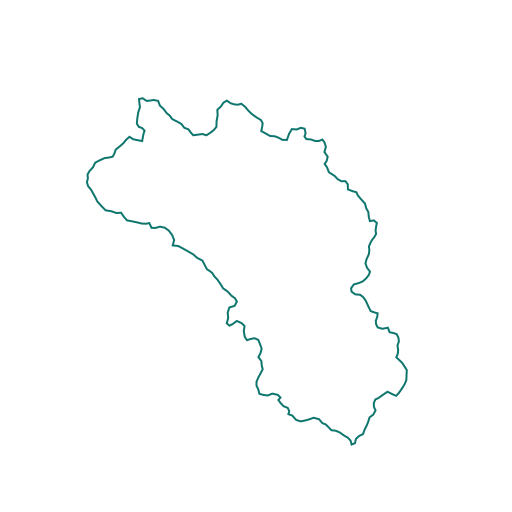 Abre Campo, Minas Gerais, Brazil, rotated 113°
{"feature_id": "56859067B55300452667889", "entity_name": "Abre Campo", "entity_type": "district", "adm_level": 2, "iso_a3": "BRA", "parent_name": "Brazil", "parent_adm1": "Minas Gerais", "projection": "orthographic", "projection_center": [-42.441, -20.281], "detail": "fine", "context": "isolated", "style": "outline", "palette": "teal", "viewbox_px": 512, "rotation_deg": 113, "n_neighbors": 0, "source": "geoboundaries", "source_scale": "gbopen_adm2", "svg_char_len": 3559}
<svg xmlns="http://www.w3.org/2000/svg" viewBox="0 0 512 512"><g transform="rotate(113 256 256)"><path d="M392.2,94.3L389.7,91.8L385.2,92.5L381.6,90.9L378.1,87.9L373.2,88.2L369.5,87.9L365.3,87.9L360.2,88.4L356.2,86.1L351.5,85.6L348.7,88.6L345.3,90.1L341.5,90.1L338.9,87.8L334.8,85.3L329.6,82.0L329.9,76.4L330.0,72.4L326.6,71.1L322.5,70.2L318.7,69.5L315.6,69.1L311.6,69.1L306.8,70.9L302.1,72.6L299.8,75.9L297.3,79.6L295.9,83.2L294.4,87.3L290.5,87.3L287.0,88.4L283.1,90.8L278.8,91.1L275.5,93.0L273.0,96.0L273.2,99.4L274.0,103.2L270.5,106.6L273.6,111.2L274.2,116.1L271.7,118.9L268.8,120.4L264.7,120.6L261.2,121.7L261.7,125.0L261.9,128.9L259.3,132.0L256.9,134.6L254.3,137.5L252.0,141.2L251.0,144.9L252.5,149.6L251.5,154.1L248.5,155.9L243.9,154.8L240.5,150.5L237.5,147.7L233.4,145.8L229.1,144.7L225.8,145.0L223.4,149.3L219.9,152.4L215.6,153.0L210.4,152.8L206.4,153.9L203.1,155.8L199.2,155.8L195.6,155.4L192.0,154.4L188.7,154.1L185.8,155.9L182.1,156.9L178.3,157.7L177.2,161.5L179.4,164.8L175.7,167.6L171.6,169.8L169.0,173.2L165.1,176.2L162.6,181.7L160.4,186.0L158.1,188.5L158.6,192.5L158.8,197.4L154.2,199.5L152.2,202.9L153.8,206.7L153.3,211.0L151.6,214.8L150.4,221.6L146.6,225.3L144.4,228.8L140.9,228.1L136.6,228.8L133.6,233.6L128.3,234.3L124.7,237.3L122.9,240.4L125.6,243.1L127.0,246.3L127.3,251.1L128.7,255.3L127.0,258.1L123.6,258.3L119.8,261.0L120.5,264.9L123.6,267.9L125.2,272.6L130.7,273.3L137.1,272.9L138.8,277.2L138.3,281.2L138.4,285.3L140.0,289.9L139.4,295.6L138.9,300.0L134.2,300.9L131.1,301.8L128.9,304.6L128.2,309.8L126.8,315.8L125.2,319.8L122.9,324.3L121.6,329.1L123.9,331.9L124.9,335.2L125.3,339.0L124.4,343.6L127.7,345.9L132.0,346.7L136.5,348.7L141.5,346.3L147.5,344.9L152.6,342.9L156.7,344.1L160.6,346.3L164.3,348.9L164.6,352.8L167.0,356.9L169.4,361.0L167.8,364.3L165.8,367.7L166.0,372.1L163.6,376.3L163.1,381.0L162.7,386.6L160.5,390.3L159.4,394.0L156.7,398.7L155.1,403.2L151.5,406.7L152.4,411.3L154.3,414.2L156.0,417.2L155.1,422.0L157.2,425.0L160.9,423.0L164.3,421.0L169.9,420.5L175.8,419.0L180.7,417.4L182.9,414.4L182.7,410.9L184.1,407.6L187.9,407.2L191.3,406.5L194.7,405.7L195.7,410.5L196.5,414.6L195.7,419.0L199.6,420.9L204.1,422.2L208.4,424.3L212.9,426.7L216.9,426.4L220.5,426.7L222.5,429.3L225.1,433.7L229.1,437.4L233.0,440.5L237.9,440.7L243.0,442.5L246.9,442.9L250.2,441.1L254.3,440.4L257.4,437.7L259.5,433.6L262.5,429.8L264.7,426.9L267.8,423.4L270.5,417.6L272.7,412.3L271.3,406.5L271.0,401.4L268.9,397.1L271.7,392.7L273.6,388.7L272.4,383.2L271.5,378.5L270.8,373.9L269.3,369.9L267.4,367.1L270.9,363.2L269.4,359.4L266.5,355.9L265.6,350.9L266.7,346.2L269.6,341.2L273.3,337.6L278.8,336.8L277.2,331.4L277.7,325.7L278.4,319.5L279.0,314.5L280.7,309.5L281.2,303.5L284.4,299.6L287.3,296.1L287.9,292.8L288.8,289.5L291.0,286.4L292.8,282.3L295.7,277.7L298.6,273.7L299.8,268.2L302.1,263.2L303.1,258.9L305.4,255.8L310.2,256.2L313.8,260.4L319.3,259.9L323.8,257.4L329.4,256.6L330.5,253.2L327.6,250.8L323.3,248.3L323.4,243.1L324.9,239.2L329.9,237.9L334.9,234.7L337.0,231.4L334.5,228.6L332.3,225.3L332.3,221.2L335.2,218.2L339.1,214.6L343.7,213.9L348.1,214.3L350.6,210.0L354.6,207.9L357.6,205.6L362.0,205.9L366.8,206.4L371.5,206.4L375.1,204.9L377.9,201.8L381.5,199.0L381.0,194.8L379.8,190.7L376.3,187.2L375.3,181.7L376.7,178.2L379.8,179.1L381.7,176.0L383.5,172.0L383.4,167.5L385.7,164.8L388.9,164.4L388.7,160.2L391.2,155.0L390.8,150.3L388.3,146.6L385.5,143.1L382.4,139.8L381.6,134.3L383.9,129.5L383.8,125.9L385.2,122.5L386.9,118.5L385.7,114.4L385.7,110.0L386.9,104.5L387.4,100.4L389.0,96.8L392.2,94.3Z" fill="none" stroke="#0f766e" stroke-width="2"/></g></svg>